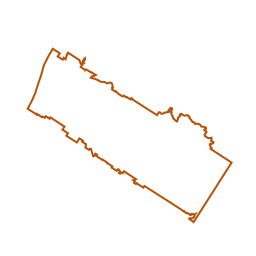 outline of Waroona, Western Australia, Australia, rotated 33°
{"feature_id": "25037944B30802850607008", "entity_name": "Waroona", "entity_type": "district", "adm_level": 2, "iso_a3": "AUS", "parent_name": "Australia", "parent_adm1": "Western Australia", "projection": "orthographic", "projection_center": [115.907, -32.849], "detail": "fine", "context": "isolated", "style": "outline", "palette": "amber", "viewbox_px": 256, "rotation_deg": 33, "n_neighbors": 0, "source": "geoboundaries", "source_scale": "gbopen_adm2", "svg_char_len": 5486}
<svg xmlns="http://www.w3.org/2000/svg" viewBox="0 0 256 256"><g transform="rotate(33 128 128)"><path d="M234.3,171.2L233.7,100.6L209.0,100.5L209.4,100.0L209.4,99.6L209.3,99.4L207.9,99.2L207.6,98.8L206.7,98.1L205.7,97.5L205.4,97.0L205.6,96.4L206.1,96.3L206.8,95.9L206.9,95.6L207.5,94.8L207.7,94.2L207.7,93.8L207.5,93.5L207.1,93.3L206.7,93.3L205.6,93.6L205.1,93.8L204.7,93.6L204.6,93.4L204.5,92.8L204.1,91.9L204.0,91.4L203.8,91.2L203.8,91.3L203.7,91.4L202.9,91.2L202.7,91.3L202.1,91.9L201.3,92.4L200.2,92.9L199.0,92.9L198.1,92.5L196.9,92.9L196.7,92.6L196.4,92.5L196.2,92.3L195.7,91.5L195.8,90.9L196.0,89.7L196.2,89.2L195.8,88.3L195.6,88.2L194.9,88.2L194.1,88.0L193.9,88.3L193.6,88.3L193.1,88.2L192.9,88.1L193.0,87.5L193.5,86.5L193.8,86.3L193.8,86.2L193.8,85.9L193.3,85.3L193.1,85.2L191.4,85.7L190.0,86.1L188.8,86.9L188.0,86.6L187.0,86.1L186.5,86.0L184.9,86.0L184.6,86.4L184.0,86.7L183.1,87.0L182.7,87.4L182.6,87.7L182.0,88.1L180.5,87.3L179.5,87.4L178.9,87.8L178.5,87.7L178.2,87.6L177.1,86.9L176.7,86.9L176.4,86.7L175.7,86.7L175.4,86.5L174.6,86.3L174.1,85.8L174.0,85.4L173.8,85.3L172.7,85.0L172.7,85.4L172.1,85.3L171.9,85.1L171.7,85.0L171.0,84.8L170.6,84.9L170.5,85.1L169.9,85.6L169.1,86.6L168.6,87.0L168.2,87.1L167.1,87.0L166.4,87.3L165.1,87.0L164.9,87.0L164.6,87.3L164.5,87.8L164.3,88.2L164.2,88.8L164.6,89.3L164.9,89.3L165.1,90.0L164.8,90.7L164.7,91.1L164.3,91.8L164.3,92.2L164.4,92.4L165.1,93.3L165.1,94.3L165.6,95.2L165.6,95.8L165.2,96.0L164.8,95.9L164.0,95.9L163.4,95.7L162.5,95.8L161.8,95.5L161.5,95.3L161.2,95.3L160.8,95.0L160.6,95.0L160.6,94.8L159.9,94.6L159.5,94.4L158.9,93.6L158.4,93.6L157.5,93.3L156.7,92.3L156.6,92.0L156.3,91.8L156.3,91.6L155.7,91.5L155.3,91.2L155.1,90.9L155.2,90.5L155.2,89.8L155.0,89.5L154.7,88.2L154.4,87.6L154.2,87.5L153.5,87.6L153.0,87.8L152.7,88.3L152.7,89.1L153.0,89.1L153.1,89.5L153.0,89.8L152.8,89.8L152.5,90.1L152.8,90.4L152.7,90.9L152.8,90.8L153.0,91.4L153.4,91.8L153.5,92.2L153.4,92.5L152.0,93.6L151.6,94.2L151.2,94.6L150.8,94.7L150.2,95.1L149.9,95.8L149.9,96.0L149.7,96.4L149.3,96.9L149.2,97.2L148.8,97.6L148.6,97.7L148.2,97.7L147.6,97.9L146.4,97.5L145.3,97.9L145.3,101.4L124.9,101.6L125.0,101.7L124.5,101.5L124.2,101.6L115.7,101.6L115.7,101.1L114.5,101.0L114.5,102.7L110.0,102.7L110.0,103.2L106.6,103.2L106.6,104.3L105.3,104.7L105.0,104.7L104.0,104.4L103.1,104.6L101.3,104.5L101.1,104.4L98.9,104.1L98.5,103.9L98.2,103.8L97.3,103.9L97.3,104.4L93.5,104.4L93.5,102.6L92.6,102.6L92.5,101.5L92.4,101.2L90.0,99.3L89.6,99.2L89.2,99.3L87.4,100.2L86.9,100.9L86.6,101.6L86.3,101.9L86.1,102.0L83.8,102.1L82.1,102.8L80.5,103.8L79.3,104.2L78.8,104.3L76.9,104.1L76.4,104.3L72.8,105.0L69.6,106.2L69.6,104.2L71.6,102.3L72.2,101.1L67.1,101.2L67.1,101.5L61.4,101.6L60.5,102.2L60.5,102.6L60.2,102.3L59.6,102.5L59.2,102.8L58.3,102.6L58.1,102.6L55.1,102.6L55.2,102.0L55.0,101.3L55.3,100.0L55.4,99.0L55.3,98.5L55.1,97.3L54.7,96.5L54.8,95.5L54.6,95.0L54.6,93.8L54.5,93.5L54.2,93.2L54.2,93.4L54.0,93.5L54.3,93.8L54.2,93.9L54.0,93.7L54.0,94.0L53.7,94.3L53.9,94.8L53.8,95.0L54.0,95.1L53.7,95.9L53.6,96.5L53.9,96.9L54.0,96.5L54.3,96.7L54.2,97.0L54.2,97.4L54.4,98.0L54.6,98.0L54.3,98.2L54.3,98.4L54.4,98.6L54.6,98.7L54.7,98.8L54.4,98.9L54.5,99.1L54.4,99.1L54.3,99.3L54.1,99.4L54.1,99.6L54.1,99.8L53.6,99.8L53.4,99.5L53.1,99.5L53.1,99.3L52.7,99.3L52.0,98.9L51.1,98.2L50.6,98.0L50.3,97.5L36.6,97.5L36.6,97.8L37.2,99.3L37.1,99.5L36.9,99.5L36.7,99.5L36.7,99.8L36.9,100.0L37.0,100.7L37.3,101.2L37.6,102.1L37.6,102.4L37.5,102.6L37.6,103.0L37.9,103.4L37.8,103.7L38.0,103.8L38.2,104.3L35.9,104.2L36.1,104.6L36.1,105.0L36.3,105.5L36.2,105.7L36.3,105.8L36.1,106.1L35.8,106.3L30.1,106.3L30.1,102.5L21.7,102.5L22.0,106.5L22.0,108.8L22.2,111.9L23.3,121.0L23.7,122.6L24.1,124.1L25.4,127.7L26.3,130.8L27.1,133.7L27.6,136.0L28.1,138.2L28.9,140.5L29.6,143.4L29.8,144.4L31.2,149.2L32.4,156.4L32.8,159.6L32.8,160.6L33.3,164.7L33.3,165.6L33.4,166.5L44.4,166.5L44.1,165.8L45.6,165.9L47.0,165.5L47.7,165.9L49.5,165.9L49.9,165.7L49.9,165.0L51.0,165.0L51.6,164.7L52.6,164.8L52.6,163.7L52.7,162.9L57.2,162.9L57.0,161.4L74.0,161.4L74.0,165.1L80.5,165.1L80.5,168.1L93.0,168.0L93.0,164.6L92.9,163.2L97.1,163.2L97.1,164.5L101.7,164.5L102.1,165.8L102.6,166.4L102.8,167.6L107.1,167.6L107.0,166.9L107.1,166.7L108.3,165.7L114.1,170.6L114.6,170.6L114.6,167.3L116.6,167.3L116.6,168.7L123.9,168.8L123.9,168.3L124.0,168.3L126.5,168.2L127.6,168.3L129.0,168.4L129.1,168.7L135.8,168.7L135.8,168.8L135.8,170.1L141.9,170.1L141.9,168.2L142.2,167.9L142.9,167.9L143.3,168.0L144.4,168.8L144.6,169.1L144.9,170.1L144.9,170.7L146.2,170.7L146.2,168.9L148.2,168.9L148.2,166.4L150.1,166.5L162.4,166.6L161.9,167.2L161.5,168.3L160.9,168.9L162.8,168.9L162.8,170.7L165.1,170.7L165.1,169.6L173.3,169.7L173.3,167.7L217.6,167.4L218.5,167.4L219.2,167.5L219.4,167.7L219.6,167.5L219.9,167.4L220.1,167.2L220.3,167.4L220.5,167.5L221.0,167.5L221.4,167.4L221.9,167.4L222.1,167.4L222.3,167.6L222.6,167.5L223.0,167.7L223.4,167.5L223.5,167.3L223.9,167.3L224.1,167.1L225.1,167.0L225.4,166.8L225.9,166.8L226.8,167.1L226.9,166.9L227.1,167.0L227.4,166.9L227.6,166.9L228.1,166.8L228.2,166.4L228.0,165.7L228.3,165.2L228.6,165.3L228.8,165.2L229.0,165.1L229.6,165.2L230.0,164.9L230.2,164.5L230.8,164.0L231.2,163.5L231.1,164.6L231.5,165.1L231.7,165.3L231.8,165.7L231.8,167.0L231.7,167.7L231.5,168.0L231.0,168.5L230.6,169.0L230.2,169.4L230.1,169.7L229.9,169.7L229.0,169.9L228.6,170.1L228.6,170.5L228.9,170.9L229.3,171.0L229.7,171.0L230.8,170.9L231.2,171.0L231.8,171.0L233.4,171.0L234.3,171.2Z" fill="none" stroke="#b45309" stroke-width="2"/></g></svg>